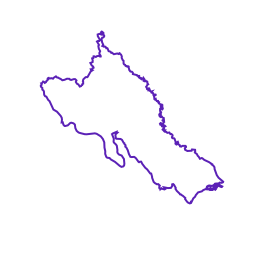 the district of Thaton, Mon, Myanmar, rotated 331°
{"feature_id": "60261553B13890911859525", "entity_name": "Thaton", "entity_type": "district", "adm_level": 2, "iso_a3": "MMR", "parent_name": "Myanmar", "parent_adm1": "Mon", "projection": "albers", "projection_center": [97.318, 17.108], "detail": "fine", "context": "isolated", "style": "outline", "palette": "violet", "viewbox_px": 256, "rotation_deg": 331, "n_neighbors": 0, "source": "geoboundaries", "source_scale": "gbopen_adm2", "svg_char_len": 5902}
<svg xmlns="http://www.w3.org/2000/svg" viewBox="0 0 256 256"><g transform="rotate(331 128 128)"><path d="M72.6,91.0L73.7,91.4L73.1,93.8L73.5,95.4L74.0,95.8L76.6,96.5L80.0,95.6L81.0,95.9L82.6,97.5L83.2,99.2L81.9,102.6L81.7,105.6L82.6,108.0L83.7,109.2L87.1,112.4L88.7,113.4L96.4,116.6L97.8,117.9L99.6,121.1L100.2,122.3L100.7,125.5L100.3,129.0L97.9,133.8L96.9,137.2L95.5,139.6L95.0,142.7L95.4,143.9L97.3,145.3L97.8,147.3L100.2,151.3L102.4,157.1L103.4,158.8L105.2,159.3L106.4,158.9L107.5,157.5L109.4,153.2L109.1,149.0L107.3,146.9L106.8,145.1L107.0,143.8L108.1,142.1L109.6,138.1L109.5,136.7L108.6,133.8L108.8,132.9L110.4,130.5L110.9,126.5L111.2,126.1L111.1,125.6L112.0,125.4L116.0,125.8L115.8,126.0L116.6,126.9L114.1,127.5L113.3,128.6L112.4,131.3L112.8,131.9L116.2,134.0L117.0,135.5L117.0,138.8L117.4,139.5L117.1,140.1L117.5,141.9L116.6,143.0L117.1,144.3L117.0,147.4L116.2,151.2L116.1,154.4L117.1,155.2L119.3,156.2L119.8,157.0L120.3,158.4L120.8,162.8L121.1,163.3L122.3,163.3L123.2,163.8L123.1,166.3L123.8,171.1L124.7,173.5L125.4,178.5L126.2,179.1L125.4,182.4L125.0,183.1L124.3,187.6L124.9,189.4L126.1,191.3L127.2,191.7L127.6,192.6L127.4,193.7L127.7,193.9L126.6,194.9L126.2,196.1L126.4,196.6L127.5,196.8L127.1,197.3L127.9,197.2L130.1,199.4L131.4,199.4L131.6,199.1L130.9,198.3L130.8,197.4L133.8,199.9L136.5,201.2L138.5,200.2L139.3,198.7L140.3,198.9L140.7,200.0L140.7,203.6L140.0,204.2L140.2,206.7L141.4,210.6L141.3,211.2L142.3,212.1L142.3,212.6L143.1,213.9L144.2,217.0L143.5,217.8L143.9,221.0L144.3,222.3L145.5,223.9L146.5,224.1L147.1,223.2L147.4,223.7L151.0,221.2L153.4,220.6L154.7,219.6L158.1,218.3L161.9,219.2L163.7,218.8L166.5,219.1L167.5,218.7L168.7,217.5L170.0,217.4L171.1,217.6L173.6,219.5L176.1,219.4L176.9,218.9L177.5,219.0L180.5,220.5L181.6,220.2L183.4,221.4L184.8,221.5L185.2,221.2L185.0,220.5L183.1,215.5L182.8,212.3L183.8,206.0L184.6,204.2L184.4,202.3L183.6,200.6L184.0,200.4L182.3,197.1L179.2,192.8L178.4,190.6L177.9,190.0L176.0,189.8L175.9,187.4L175.5,186.1L175.6,184.1L174.7,182.3L174.7,181.5L175.5,181.0L176.1,179.6L173.6,177.8L172.6,178.7L168.8,176.9L167.4,174.7L167.9,173.2L169.5,172.8L169.8,172.2L169.5,171.4L166.9,170.0L165.5,170.1L164.6,169.3L165.0,168.2L164.0,166.6L164.7,165.5L164.9,164.2L164.3,164.2L162.9,165.9L162.3,165.9L161.9,164.7L162.9,163.4L163.5,159.9L163.2,159.2L162.3,158.8L161.8,157.9L162.0,157.2L163.2,156.5L163.5,155.9L163.3,154.9L163.0,154.2L162.1,153.9L162.0,152.0L160.0,151.3L159.7,150.1L158.3,149.0L158.1,148.3L159.3,147.9L157.5,146.4L157.5,146.1L158.0,145.9L159.5,145.7L160.1,144.4L161.5,144.5L161.3,143.8L160.9,143.5L158.8,143.5L158.5,143.0L158.8,142.5L160.3,142.2L159.9,141.5L158.9,141.4L157.9,140.9L158.0,139.8L158.9,139.5L160.4,141.2L161.8,140.6L162.4,140.2L162.5,139.8L161.8,138.2L162.1,137.9L162.8,138.1L163.1,138.9L164.1,136.6L163.3,135.8L163.2,134.6L162.0,134.4L161.6,133.8L161.4,132.6L161.9,131.3L162.5,131.0L162.3,132.6L162.8,133.0L163.8,131.0L164.6,130.3L164.3,128.7L165.3,126.9L166.6,127.2L166.9,128.3L167.8,128.0L168.0,127.5L166.7,125.8L166.9,125.4L167.8,125.5L168.3,126.1L169.2,124.5L168.9,123.8L167.7,123.6L167.9,123.0L166.9,121.4L167.7,120.5L166.9,119.7L167.3,118.9L166.2,118.4L166.2,117.2L165.6,116.6L166.3,115.8L165.2,115.3L166.1,113.2L166.2,111.9L167.8,112.6L168.3,112.5L168.3,112.1L167.2,111.6L166.7,110.8L166.8,109.5L165.7,108.5L165.7,108.0L166.7,107.6L166.2,107.5L165.4,106.5L165.6,104.7L165.2,105.0L165.2,104.6L164.6,104.7L165.1,103.8L165.0,103.3L164.2,103.3L163.8,103.8L163.5,103.1L163.9,102.1L163.8,100.8L165.4,100.1L166.0,99.4L166.8,99.5L166.8,97.9L167.3,97.0L167.1,96.3L166.4,95.9L166.4,95.4L165.0,95.1L164.6,94.4L166.0,93.5L165.8,91.8L165.2,92.4L164.8,92.3L163.9,90.9L163.4,90.4L163.3,90.8L163.0,90.0L162.8,90.5L162.0,88.9L162.9,87.8L161.5,87.0L161.5,86.1L158.4,83.2L159.0,82.2L158.9,81.3L158.7,80.7L157.5,79.8L157.3,79.0L157.5,78.6L157.2,78.0L157.9,75.6L157.7,74.9L158.3,74.5L157.9,73.9L156.6,73.4L156.6,72.9L156.0,72.5L156.1,71.4L155.4,70.4L155.4,69.5L156.7,67.0L156.3,66.0L156.5,63.5L157.3,62.4L157.5,60.4L156.8,59.3L157.0,58.7L156.8,58.4L155.6,58.7L154.7,57.6L151.4,56.6L150.5,54.4L149.8,54.2L149.7,52.8L148.3,51.4L148.7,48.4L148.3,47.8L147.7,47.7L147.7,46.0L146.3,45.1L146.5,44.8L145.4,43.8L146.7,43.1L146.9,40.5L148.0,37.3L149.2,36.5L149.8,36.8L151.4,36.5L151.9,35.9L151.9,34.1L152.6,32.9L152.0,31.2L151.7,30.9L150.8,31.2L150.5,32.1L151.3,33.5L151.1,34.1L150.4,33.8L148.7,31.8L146.8,31.5L146.1,33.1L146.2,37.6L145.1,38.0L144.0,37.3L142.8,37.3L142.9,41.3L141.8,41.9L140.9,44.6L140.9,47.3L139.3,48.5L138.9,49.5L139.1,51.5L138.8,52.2L138.2,52.0L137.9,51.2L137.1,50.6L135.6,50.1L134.3,50.3L133.1,48.8L132.6,48.6L131.6,50.0L130.4,49.7L129.9,51.8L129.0,53.2L126.6,52.9L126.6,55.6L127.3,57.4L127.1,58.6L125.7,58.6L125.0,59.5L123.9,58.7L123.7,59.6L124.4,59.6L124.9,60.3L122.7,60.5L117.5,63.7L117.0,63.8L116.0,63.1L115.1,63.1L112.5,63.8L111.2,65.2L111.3,65.6L110.3,67.5L109.5,67.4L108.8,68.2L108.2,68.1L107.3,68.6L105.9,68.4L105.7,65.8L104.8,64.5L104.7,62.4L106.0,61.4L105.5,59.7L104.3,59.0L101.5,58.4L100.7,57.5L100.6,56.6L98.5,55.3L95.9,55.1L93.7,54.4L92.8,52.2L92.2,51.7L91.3,50.0L90.5,49.6L90.0,47.9L87.0,48.1L86.3,48.5L85.0,47.2L83.8,46.9L83.1,46.4L83.0,45.7L82.5,45.6L81.7,45.8L81.4,46.3L81.5,47.7L81.0,46.7L80.4,47.3L79.1,47.5L78.5,48.1L77.1,48.2L76.9,47.0L76.3,46.2L74.5,47.1L73.8,46.9L73.8,47.7L73.3,48.4L72.4,48.5L72.1,49.0L71.9,49.7L72.5,51.4L71.7,52.9L72.2,54.1L72.2,55.2L70.8,58.3L70.9,60.0L71.8,61.0L71.8,64.7L72.4,66.5L71.7,75.7L73.8,79.3L75.0,84.8L75.0,86.9L74.3,88.7L72.6,91.0ZM180.4,221.8L178.5,220.2L176.8,220.2L174.7,221.2L176.8,223.1L178.1,222.3L177.3,221.5L177.8,221.4L179.0,222.3L181.0,224.9L181.4,225.1L182.1,224.8L181.1,223.4L180.4,221.8ZM170.3,220.8L172.3,219.2L171.5,218.2L170.1,217.7L169.3,217.9L167.6,220.1L168.4,220.6L170.3,220.8ZM171.9,221.9L170.4,222.4L171.9,223.2L173.1,223.0L174.1,223.5L174.4,224.3L175.3,224.0L175.4,223.0L174.1,222.2L171.9,221.9Z" fill="none" stroke="#5b21b6" stroke-width="2"/></g></svg>